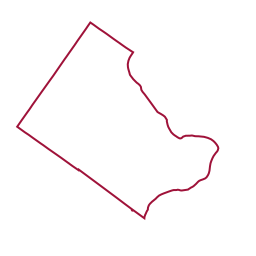 the district of East Fremantle, Western Australia, Australia, rotated 126°
{"feature_id": "25037944B65528874584429", "entity_name": "East Fremantle", "entity_type": "district", "adm_level": 2, "iso_a3": "AUS", "parent_name": "Australia", "parent_adm1": "Western Australia", "projection": "natural_earth1", "projection_center": [115.768, -32.037], "detail": "fine", "context": "isolated", "style": "outline", "palette": "rose", "viewbox_px": 256, "rotation_deg": 126, "n_neighbors": 0, "source": "geoboundaries", "source_scale": "gbopen_adm2", "svg_char_len": 2265}
<svg xmlns="http://www.w3.org/2000/svg" viewBox="0 0 256 256"><g transform="rotate(126 128 128)"><path d="M191.4,61.7L190.4,62.3L189.4,62.7L188.7,62.8L188.1,63.1L187.2,63.2L185.0,63.7L183.8,63.9L183.0,63.9L182.3,64.0L181.4,64.6L180.5,65.1L179.3,65.4L178.4,65.7L176.4,65.7L173.3,65.2L172.3,64.9L168.9,64.0L167.2,63.8L164.5,63.2L162.1,62.0L160.0,60.7L156.1,58.1L153.5,56.3L152.3,55.4L152.2,55.3L151.2,54.4L150.2,53.0L149.6,52.2L148.7,51.5L148.1,50.3L147.9,49.6L147.5,48.6L147.0,47.8L142.5,43.2L141.9,43.1L141.0,42.7L139.1,42.0L138.4,41.6L138.0,41.4L136.6,40.8L133.3,40.1L130.2,39.7L128.8,39.3L127.4,38.5L125.7,37.3L123.6,36.0L121.9,35.5L120.9,35.5L119.0,35.6L117.1,36.0L114.6,37.0L110.7,39.2L108.0,40.5L105.8,41.2L102.9,41.9L100.3,42.3L96.4,42.3L94.5,42.1L93.1,42.3L92.9,42.4L91.3,43.0L90.3,44.2L89.4,46.3L88.8,48.4L88.6,49.3L88.3,51.3L88.3,54.2L89.1,57.7L90.5,61.4L91.8,63.6L93.2,66.0L95.2,68.9L96.2,71.3L96.5,71.9L98.1,73.7L98.4,74.2L99.3,75.3L100.3,76.7L101.3,77.4L102.5,78.3L104.5,78.7L105.4,79.2L106.1,80.3L106.4,82.6L106.4,83.9L106.5,85.3L106.5,87.5L106.0,90.5L105.0,92.7L104.3,94.3L103.4,96.1L102.1,97.9L99.8,100.5L98.6,101.3L97.7,103.5L97.2,104.8L97.1,106.8L97.3,109.6L97.6,112.1L97.7,113.6L94.8,122.4L91.0,134.2L90.2,137.4L89.3,139.6L87.2,141.7L86.5,143.3L86.2,145.7L86.2,147.5L85.9,149.5L85.4,152.5L84.2,156.5L83.8,157.7L82.0,159.9L81.1,161.1L80.0,162.5L78.7,163.9L76.5,165.7L73.3,167.2L70.2,168.0L67.7,168.2L64.5,168.3L63.7,168.4L63.8,169.1L64.2,176.9L64.4,191.9L64.4,193.5L64.4,195.9L64.4,199.6L64.4,200.7L64.5,204.6L64.6,207.3L64.7,209.7L64.7,216.9L64.8,220.5L69.7,220.4L72.1,220.3L79.5,220.2L86.9,220.1L93.0,219.9L94.3,219.9L101.7,219.8L106.5,219.7L107.4,219.7L109.3,219.7L118.0,219.5L129.5,219.2L133.9,219.2L146.9,219.1L149.0,219.1L156.4,219.0L165.4,218.9L170.5,218.7L174.5,218.7L182.7,218.6L183.4,218.6L192.1,218.4L192.1,208.9L191.9,204.5L191.9,199.3L191.8,189.6L191.7,186.6L191.7,180.1L191.5,170.4L191.4,164.7L191.4,160.7L191.4,150.9L191.2,143.2L190.6,143.4L190.9,113.3L191.0,104.8L191.1,96.1L191.3,86.1L191.4,77.0L191.5,77.0L191.8,76.9L192.0,76.8L192.1,76.7L192.2,76.4L192.3,76.2L192.2,76.0L192.2,75.8L192.1,75.7L191.9,75.5L191.8,75.4L191.7,75.4L191.4,75.3L191.4,69.7L191.4,65.7L191.4,61.7Z" fill="none" stroke="#9f1239" stroke-width="2"/></g></svg>